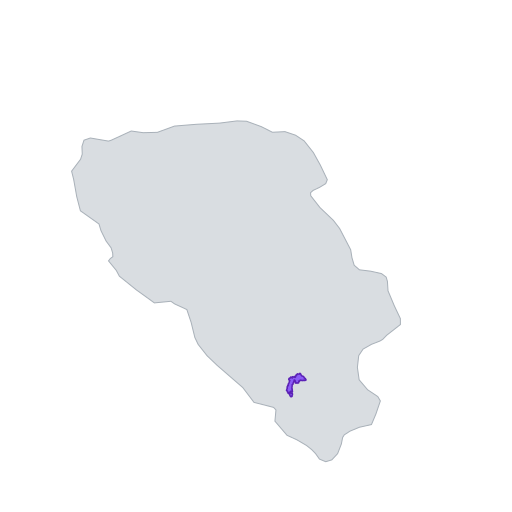 Shumer, Pemagatsel, Bhutan shown in context, rotated 47°
{"feature_id": "84629894B11783061729770", "entity_name": "Shumer", "entity_type": "district", "adm_level": 2, "iso_a3": "BTN", "parent_name": "Bhutan", "parent_adm1": "Pemagatsel", "projection": "robinson", "projection_center": [91.402, 27.089], "detail": "fine", "context": "in_parent", "style": "filled", "palette": "violet", "viewbox_px": 512, "rotation_deg": 47, "n_neighbors": 0, "source": "geoboundaries", "source_scale": "gbopen_adm2", "svg_char_len": 5403}
<svg xmlns="http://www.w3.org/2000/svg" viewBox="0 0 512 512"><g transform="rotate(47 256 256)"><path d="M403.4,220.2L402.7,223.4L399.3,231.9L397.1,241.2L398.9,248.8L406.6,257.8L416.9,265.0L429.9,265.6L441.9,262.8L446.8,263.9L453.3,276.0L458.0,286.5L451.7,297.3L448.2,306.7L447.0,313.4L447.8,316.4L451.7,321.8L456.2,331.1L456.8,339.6L454.0,345.3L447.8,348.1L441.2,347.2L435.7,347.3L428.9,348.3L418.2,351.5L408.3,355.6L389.7,354.8L382.2,346.4L378.7,346.4L361.7,357.3L343.3,355.4L309.6,359.0L295.6,359.8L281.2,358.6L273.9,356.3L260.3,348.7L248.0,343.1L235.5,348.2L231.1,349.1L221.0,362.3L199.3,366.6L177.6,369.7L171.2,368.0L159.0,367.2L158.5,364.2L158.9,361.2L156.1,358.8L151.2,356.4L142.7,355.4L131.8,352.1L125.5,349.0L103.2,353.6L90.3,346.6L75.6,337.1L68.2,333.0L65.6,318.3L63.0,313.6L57.2,308.6L54.0,302.8L56.7,296.7L71.4,285.5L72.6,282.9L79.5,262.0L88.9,254.4L98.3,243.8L105.4,227.0L119.0,209.8L133.9,192.1L144.2,177.8L151.0,171.0L165.0,163.9L176.7,159.6L184.8,150.0L194.6,144.7L204.6,142.3L219.5,143.5L233.5,147.0L248.8,151.8L250.6,155.6L249.2,162.5L247.0,169.4L246.9,172.9L249.3,174.9L264.3,176.2L282.7,175.1L293.0,176.1L316.0,182.5L322.7,187.0L329.7,190.5L336.6,189.8L345.3,182.5L354.5,176.2L360.2,175.2L364.2,177.2L371.5,183.2L386.7,188.8L400.2,193.1L404.6,197.1L403.1,214.4L403.4,220.2Z" fill="#d9dde1" stroke="#a8b0b8" stroke-width="1"/><path d="M370.2,316.2L370.3,316.3L370.3,316.5L370.4,316.9L370.6,317.3L370.8,317.6L371.0,317.8L371.4,318.4L371.4,318.5L371.4,318.9L371.4,319.0L371.5,319.2L371.6,319.5L371.7,319.9L372.1,320.1L372.4,320.2L372.4,320.4L372.4,320.5L372.5,320.7L372.6,320.8L372.4,321.1L372.5,321.2L372.5,321.3L372.6,321.5L372.7,321.8L372.8,321.8L373.0,321.9L373.0,322.0L373.0,322.4L373.0,322.5L373.2,322.8L373.5,322.9L373.7,323.0L374.0,323.2L374.1,323.4L374.2,323.5L374.2,323.9L374.3,324.0L374.5,324.3L374.6,324.5L374.8,324.6L374.9,324.8L374.9,325.1L375.0,325.3L375.4,325.4L375.5,325.3L375.8,325.2L376.0,325.2L376.4,325.2L376.5,325.3L376.6,325.5L376.8,325.7L377.4,325.7L377.6,325.8L377.8,325.9L378.1,326.1L378.3,326.0L378.6,326.0L378.8,325.8L379.0,325.8L379.3,325.8L379.5,325.8L379.8,325.9L380.1,325.8L380.3,325.8L380.5,325.9L380.6,326.0L380.9,326.2L381.1,326.3L381.3,326.4L381.9,326.5L382.4,326.4L382.6,326.4L382.9,326.4L382.9,326.0L382.9,325.8L382.9,325.7L383.0,325.5L383.1,325.4L382.9,325.3L382.8,325.1L382.7,325.0L382.6,324.8L382.6,324.6L382.5,324.2L382.4,324.0L382.2,323.9L381.9,323.5L381.4,323.2L381.2,323.1L380.9,323.0L380.7,323.3L380.6,323.7L380.4,323.9L380.2,323.9L380.1,324.0L379.7,324.3L379.4,324.6L379.1,324.5L378.8,324.3L378.5,324.4L378.6,324.1L378.7,323.7L378.8,323.5L378.7,323.5L378.7,323.4L378.7,323.1L378.6,322.9L378.8,322.7L379.1,322.5L379.4,322.4L379.7,322.2L379.9,322.1L380.0,322.0L380.0,321.9L379.9,321.9L379.7,321.8L379.6,321.7L379.4,321.4L379.2,321.4L379.0,321.2L378.8,321.1L378.8,320.9L378.7,320.8L378.3,320.8L378.2,320.7L378.1,320.4L377.8,320.1L377.6,320.1L377.4,320.1L377.1,319.9L376.9,319.6L376.5,319.2L376.1,318.7L375.9,318.4L375.5,318.0L375.1,317.7L374.8,317.4L375.0,316.8L375.0,316.6L374.9,316.4L374.9,316.2L374.7,316.0L374.5,315.8L374.3,315.7L374.2,315.2L374.0,314.8L373.9,314.7L373.8,314.0L373.7,314.0L373.5,313.9L373.3,313.4L373.2,313.2L372.8,312.7L373.0,312.4L373.5,312.3L373.9,312.5L374.1,312.5L374.3,312.5L374.5,312.9L374.7,313.0L374.8,313.1L375.2,313.0L375.4,313.1L375.6,313.3L375.7,313.5L375.7,313.8L375.8,313.8L375.9,313.6L376.0,313.5L376.2,313.4L376.2,313.2L376.3,313.2L376.5,313.2L376.6,312.9L376.6,312.7L376.8,312.4L377.0,312.3L377.1,312.2L377.4,312.1L377.5,312.1L377.5,311.8L377.6,311.6L377.8,311.4L377.7,311.2L377.5,310.9L377.2,310.5L377.1,310.4L377.0,310.2L376.8,310.1L377.3,309.7L377.2,309.2L377.0,308.9L377.0,308.7L376.9,308.5L377.0,308.3L377.2,308.2L377.3,308.0L377.4,307.9L377.6,307.9L377.9,307.6L378.1,307.4L378.4,307.4L378.5,307.3L378.5,307.2L378.9,306.9L379.0,306.7L379.0,306.4L379.0,306.2L379.3,305.9L379.5,305.8L379.8,305.8L379.8,305.7L380.0,305.5L380.1,305.2L380.3,305.1L380.2,304.8L380.1,304.6L380.3,304.5L380.5,304.5L380.6,304.4L380.8,304.3L380.8,304.2L380.7,303.9L380.4,303.8L380.1,303.7L379.3,303.5L379.0,303.5L378.5,303.8L378.3,303.9L378.2,303.9L377.9,303.7L377.7,303.6L377.4,303.5L377.2,303.5L376.8,303.5L376.7,303.5L376.3,303.5L376.1,303.6L375.7,303.8L375.5,304.0L375.4,304.1L375.1,304.2L374.9,304.2L374.8,304.3L374.4,304.2L374.3,304.3L374.2,304.3L374.0,304.2L373.9,304.2L373.7,304.2L373.4,304.0L373.2,304.0L372.9,303.9L372.5,303.7L372.3,303.7L372.2,303.7L372.0,303.8L371.8,303.9L371.7,304.1L371.6,304.3L371.7,304.5L371.9,304.9L371.8,305.0L371.6,305.1L371.1,305.8L370.9,306.0L370.5,306.0L370.4,306.1L370.4,306.6L370.5,306.8L370.8,307.2L370.9,307.5L370.8,307.8L370.4,307.8L370.4,308.1L370.5,308.2L370.7,308.3L370.9,308.4L370.9,308.6L370.8,309.1L371.2,309.2L371.3,309.3L371.5,310.0L371.4,310.3L371.1,310.5L370.7,310.4L370.4,310.4L370.2,310.4L370.2,310.6L370.3,310.7L370.3,310.9L370.2,311.1L370.1,311.3L369.7,311.4L369.3,311.5L369.2,311.6L369.1,312.0L369.1,312.3L369.3,312.5L369.5,312.6L369.7,312.8L369.4,312.9L368.8,312.8L368.7,312.9L368.4,313.1L368.5,313.2L368.5,313.3L368.5,313.5L368.4,313.7L368.4,313.9L368.5,314.1L368.6,314.3L368.6,314.5L368.4,314.6L368.2,314.7L368.1,315.0L368.1,315.4L368.2,315.6L368.3,315.6L368.4,315.8L368.5,316.0L368.7,316.3L368.8,316.3L369.1,316.2L369.3,316.2L369.4,316.3L369.5,316.4L369.7,316.5L369.8,316.4L370.1,316.2L370.2,316.2Z" fill="#8b5cf6" stroke="#5b21b6" stroke-width="1.5"/></g></svg>